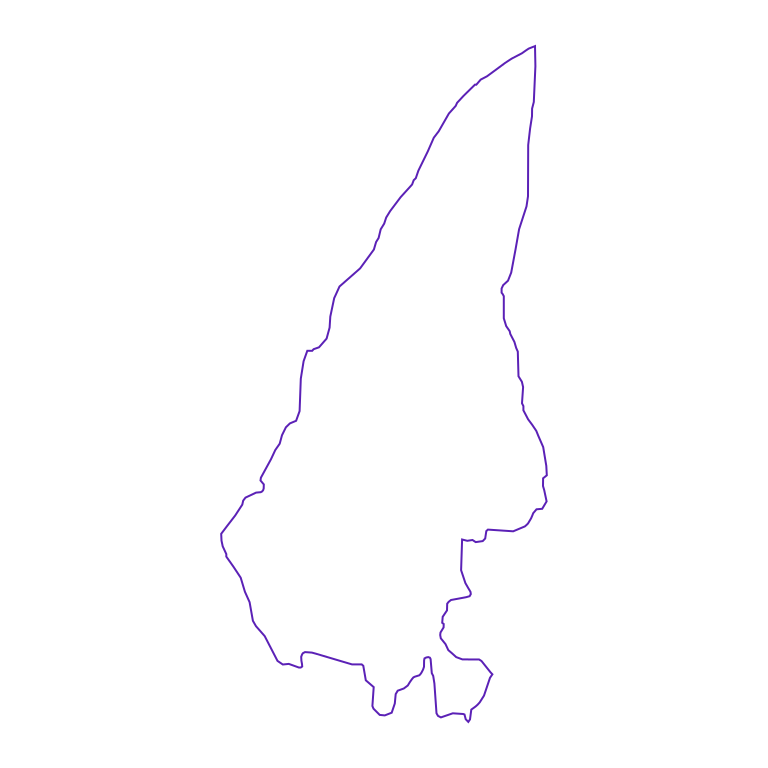 outline of Siquinalá, Escuintla, Guatemala
{"feature_id": "79465075B25163774414820", "entity_name": "Siquinalá", "entity_type": "district", "adm_level": 2, "iso_a3": "GTM", "parent_name": "Guatemala", "parent_adm1": "Escuintla", "projection": "equal_earth", "projection_center": [-90.935, 14.363], "detail": "fine", "context": "isolated", "style": "outline", "palette": "violet", "viewbox_px": 768, "rotation_deg": 0, "n_neighbors": 0, "source": "geoboundaries", "source_scale": "gbopen_adm2", "svg_char_len": 2861}
<svg xmlns="http://www.w3.org/2000/svg" viewBox="0 0 768 768"><path d="M535.0,46.1L528.7,48.6L526.0,50.4L521.9,53.3L512.1,58.4L510.8,59.2L505.3,62.8L487.0,76.3L480.7,79.6L476.3,84.7L475.0,84.6L463.6,95.8L457.1,102.8L455.7,105.9L448.9,113.5L438.7,131.3L433.8,137.7L427.8,151.4L418.4,170.6L415.8,178.2L413.7,180.2L412.1,184.5L400.6,197.2L390.2,211.0L386.2,217.5L384.2,223.6L380.7,229.3L378.6,238.0L376.1,242.0L373.9,249.5L360.1,268.4L339.5,286.5L335.6,295.1L334.2,298.1L330.3,316.6L329.6,327.6L326.6,338.6L319.0,347.3L313.6,349.2L312.2,350.8L307.3,350.8L303.6,361.2L300.8,378.7L299.6,411.1L296.1,420.8L289.9,423.4L285.9,427.3L282.0,435.2L279.7,443.7L275.3,450.0L271.0,459.2L260.9,477.7L260.5,480.5L263.8,484.4L263.7,488.4L263.1,490.3L261.9,491.6L260.7,492.2L256.1,492.6L245.5,497.6L243.2,500.6L242.3,504.6L235.2,515.5L227.1,526.0L221.2,533.8L221.5,540.6L222.7,546.3L226.3,554.1L226.3,556.6L233.5,566.8L240.7,577.7L244.9,591.7L249.6,602.2L252.9,620.8L256.0,626.2L264.7,636.1L277.5,660.9L282.8,664.5L288.8,663.9L298.8,667.5L300.8,667.5L302.2,666.5L302.0,664.0L301.4,660.7L301.2,656.8L302.1,654.4L302.9,653.2L305.0,652.1L308.0,652.3L311.9,652.6L315.9,653.7L352.0,664.4L361.7,664.4L363.3,665.8L365.8,680.3L373.7,687.1L372.4,706.0L373.5,708.7L379.7,714.9L384.8,715.4L391.7,712.7L394.8,703.5L395.7,694.1L397.7,690.7L403.8,688.5L407.8,685.5L409.8,682.2L411.9,679.2L413.4,677.4L414.8,676.7L419.3,675.3L420.3,674.3L421.5,672.6L423.1,669.5L424.0,666.8L424.1,660.4L424.5,658.4L426.2,657.5L428.3,657.1L429.9,657.7L430.6,659.1L431.8,673.2L433.2,675.9L434.4,683.5L436.5,713.3L438.0,715.9L440.9,717.4L452.8,713.3L463.2,714.0L464.5,714.5L465.7,719.2L468.3,721.9L470.0,719.4L471.3,709.6L473.8,707.8L475.7,706.4L477.6,704.7L479.7,702.4L484.0,695.6L490.0,677.8L492.4,674.3L490.5,672.3L481.5,661.0L479.1,659.5L462.4,659.4L456.2,657.1L451.9,653.2L448.3,650.1L445.5,644.1L440.8,638.3L440.2,635.0L440.5,632.5L443.6,627.4L443.7,624.0L442.2,622.8L442.7,616.8L447.0,610.4L447.2,603.7L448.6,601.9L451.0,600.0L461.3,598.1L466.1,597.2L469.6,596.2L470.8,594.1L470.5,591.9L469.7,590.5L468.2,588.0L465.4,583.1L461.1,570.2L462.1,539.5L467.3,540.8L472.5,540.0L475.7,542.1L482.7,541.1L485.2,538.5L486.3,531.1L487.9,529.6L513.2,531.3L524.9,526.4L526.6,524.9L528.0,523.5L531.1,518.3L532.4,515.3L533.2,513.2L536.5,509.3L542.2,508.8L546.6,501.4L544.2,490.1L543.0,486.0L543.1,478.3L546.8,475.3L546.3,465.9L543.2,447.1L538.2,435.6L537.2,433.1L536.3,430.9L532.2,424.8L528.1,419.3L523.4,410.3L523.4,406.1L522.0,403.3L523.1,387.1L521.9,381.8L518.5,376.3L517.8,351.6L516.2,348.0L514.4,341.9L510.3,334.0L509.7,331.2L506.2,326.1L503.8,318.3L503.8,296.2L502.7,294.1L501.6,292.7L501.6,288.5L503.2,285.1L508.0,280.7L511.2,272.6L515.5,249.6L519.1,229.2L526.5,206.4L528.0,196.3L528.2,145.0L530.1,128.5L532.0,116.3L532.1,108.6L533.8,102.0L535.4,66.2L535.0,46.1Z" fill="none" stroke="#5b21b6" stroke-width="2"/></svg>